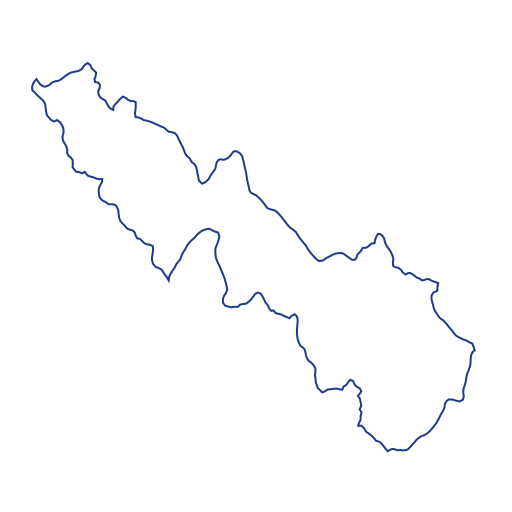 Chapada do Norte, Minas Gerais, Brazil, rotated 176°
{"feature_id": "56859067B97851248273479", "entity_name": "Chapada do Norte", "entity_type": "district", "adm_level": 2, "iso_a3": "BRA", "parent_name": "Brazil", "parent_adm1": "Minas Gerais", "projection": "equal_earth", "projection_center": [-42.387, -17.157], "detail": "fine", "context": "isolated", "style": "outline", "palette": "blue", "viewbox_px": 512, "rotation_deg": 176, "n_neighbors": 0, "source": "geoboundaries", "source_scale": "gbopen_adm2", "svg_char_len": 5961}
<svg xmlns="http://www.w3.org/2000/svg" viewBox="0 0 512 512"><g transform="rotate(176 256 256)"><path d="M138.1,52.0L135.4,53.5L133.1,54.1L130.8,53.4L128.6,52.3L125.4,52.5L123.1,51.8L120.7,51.8L118.0,52.5L115.4,54.8L113.4,56.8L111.2,58.8L109.2,60.9L107.0,62.9L103.7,64.7L100.5,65.6L97.7,67.0L95.0,69.0L92.7,71.3L90.5,73.7L87.9,76.5L86.2,79.1L84.7,81.5L82.8,84.8L80.3,88.4L78.5,91.8L77.9,95.1L76.2,97.8L73.7,99.5L69.7,99.0L66.4,97.7L63.0,96.7L59.6,98.3L58.5,101.6L58.8,104.9L58.4,108.8L57.1,111.8L55.8,115.0L55.0,118.6L54.3,121.7L53.3,124.5L51.9,127.1L50.3,130.8L49.6,133.4L49.1,137.5L48.5,141.7L46.8,144.9L44.4,146.7L45.1,149.8L46.4,153.7L49.2,155.0L51.8,156.9L54.5,158.0L57.9,160.0L60.3,161.3L62.2,162.9L63.7,164.9L65.6,167.8L68.0,171.0L69.4,173.1L71.3,175.8L73.7,178.7L75.8,180.3L77.6,182.1L79.3,185.3L81.4,188.7L82.3,191.7L82.9,195.4L83.5,198.2L83.9,200.9L83.6,204.4L81.3,207.4L77.6,208.5L77.2,212.3L76.1,216.2L79.0,217.6L81.4,218.5L83.5,219.7L85.5,221.0L87.7,221.0L90.0,220.2L92.3,220.2L94.6,222.2L97.2,223.3L99.0,225.1L101.2,226.8L103.3,228.3L105.6,228.3L108.0,227.1L110.3,228.9L112.4,232.1L115.0,234.4L118.1,235.2L119.9,236.6L119.9,239.7L119.2,243.7L120.0,247.5L121.8,251.8L124.4,256.0L126.3,260.3L126.9,264.6L128.7,267.6L130.7,269.2L132.8,269.6L134.2,267.5L135.9,264.3L136.9,260.5L140.2,260.3L142.8,258.1L145.4,256.6L149.1,256.6L151.2,253.4L154.7,250.4L156.2,246.7L158.1,245.2L160.4,245.5L162.9,247.5L165.0,249.2L166.8,250.7L168.6,252.2L170.9,253.2L173.6,253.1L176.6,252.8L179.9,251.8L182.7,250.4L186.2,249.0L188.7,247.2L191.7,246.6L193.8,246.7L196.2,248.9L198.2,251.3L200.0,253.6L202.1,256.7L204.0,259.6L205.3,262.6L206.9,264.8L208.9,267.6L211.1,270.7L212.9,274.0L214.6,277.2L217.3,279.8L220.1,282.1L222.1,284.5L224.1,287.5L226.6,291.2L228.9,294.6L231.7,298.1L234.1,300.1L236.9,301.1L239.5,302.0L241.4,303.1L242.9,305.4L244.9,308.6L247.0,311.6L249.1,313.9L251.5,316.4L254.0,317.9L256.6,319.4L257.9,321.7L258.3,324.6L258.7,327.4L259.3,330.7L259.7,334.8L260.1,339.7L260.9,345.0L261.5,349.1L262.2,352.9L262.9,356.7L264.8,359.6L268.3,361.9L271.2,361.8L273.8,358.7L276.4,356.2L279.4,354.6L282.4,354.3L284.7,355.0L286.9,354.4L288.7,352.0L289.7,348.9L290.5,345.9L292.6,343.2L295.4,339.9L297.8,336.2L299.8,334.3L301.7,333.1L304.7,331.9L307.8,335.3L308.1,339.2L308.6,342.1L308.9,345.3L309.4,348.7L311.0,352.0L313.7,354.3L315.3,358.0L317.5,360.1L319.5,363.2L320.4,366.3L321.4,369.7L323.3,373.8L325.0,377.9L326.3,381.6L328.5,384.3L330.8,385.2L334.5,386.1L337.2,388.9L339.3,390.8L341.8,391.9L343.8,393.0L346.7,394.5L350.2,396.5L352.9,397.7L355.6,398.6L358.7,399.5L361.1,401.2L363.6,402.4L366.4,402.9L366.8,407.0L366.0,410.5L365.5,414.0L365.3,418.0L367.6,419.0L370.2,419.3L372.7,420.7L374.6,422.6L377.7,424.3L381.2,421.6L383.7,419.0L386.0,417.1L387.8,414.8L388.3,411.7L390.8,413.1L392.8,415.7L394.3,418.9L395.6,421.7L398.0,423.3L400.3,425.1L401.8,428.0L401.9,431.5L400.4,434.1L399.7,437.5L401.3,440.0L404.4,440.8L404.8,443.7L403.4,446.8L402.6,449.9L404.7,452.5L406.9,454.9L408.0,458.1L410.4,460.2L413.1,458.9L415.1,456.8L416.6,454.8L418.9,453.5L421.0,452.8L424.7,452.4L428.3,451.8L430.9,450.5L433.2,449.2L435.1,447.9L437.6,446.1L440.8,444.6L443.9,444.3L446.2,443.7L448.2,442.6L450.2,441.1L452.6,440.0L455.0,439.6L457.1,440.5L459.2,442.2L461.0,444.8L462.6,447.8L464.5,446.1L466.0,443.9L467.5,440.8L467.6,437.0L465.4,434.6L462.8,431.5L460.0,428.5L457.3,425.7L455.7,422.2L455.6,418.9L455.3,414.7L454.8,411.1L453.0,408.7L450.9,406.0L447.9,404.2L444.9,405.5L442.3,403.2L440.7,400.6L439.4,397.6L439.2,393.4L440.7,388.3L440.6,384.8L439.4,382.2L437.7,378.9L436.8,375.2L437.2,372.1L436.4,369.4L434.0,367.3L432.2,364.5L432.3,361.0L432.8,357.5L431.2,354.8L429.3,352.6L426.5,352.0L423.5,350.6L421.0,351.9L419.4,349.4L417.8,347.6L415.2,346.7L412.0,345.5L409.5,344.2L407.2,343.6L404.0,343.5L404.4,340.7L406.0,338.3L407.6,335.4L408.4,332.4L408.4,328.6L407.6,324.8L405.2,322.0L402.4,320.4L399.5,317.9L395.2,317.6L393.0,316.8L391.4,314.7L390.2,311.5L390.1,307.7L389.9,303.9L389.0,300.7L387.2,298.1L385.4,296.1L383.9,294.0L382.3,292.1L379.6,290.9L377.1,290.1L375.4,288.1L374.5,284.5L373.2,281.9L370.8,281.2L368.7,279.2L367.0,277.0L364.6,275.4L361.1,274.6L358.2,273.1L358.3,269.3L359.0,265.1L360.0,261.5L360.0,258.5L359.2,255.3L356.9,252.2L353.7,250.7L351.0,248.9L349.2,245.3L346.5,241.3L344.8,237.7L344.0,241.4L342.6,244.1L340.5,246.9L338.3,249.6L335.9,253.6L332.8,256.7L331.0,259.5L329.9,262.4L327.7,265.6L325.8,268.2L323.7,271.7L321.3,274.3L318.5,276.7L315.7,278.7L313.7,281.0L311.0,283.1L308.0,285.0L304.7,286.0L301.0,286.5L298.6,285.2L295.5,283.3L292.2,282.1L291.1,278.1L292.3,274.6L293.7,271.0L295.2,268.2L296.1,265.6L296.3,260.8L296.3,257.7L295.3,254.3L294.4,251.7L293.1,248.6L291.8,244.8L290.1,239.7L288.8,235.5L288.1,231.7L287.4,228.3L287.0,224.4L288.7,221.0L290.7,218.5L292.1,215.0L292.1,211.5L290.1,208.5L286.9,207.4L284.2,206.5L280.9,206.8L277.5,206.5L275.3,208.6L271.5,209.1L269.1,209.1L266.7,210.8L264.1,212.8L262.0,215.2L259.5,218.1L257.1,219.4L254.1,218.4L252.2,215.0L250.8,211.6L249.7,208.8L247.6,206.0L246.3,202.3L244.6,200.2L242.3,200.5L240.5,197.8L237.6,196.7L235.1,196.0L232.6,194.4L229.7,192.9L226.9,191.6L224.8,193.7L221.7,195.2L219.8,193.5L218.9,190.8L219.0,187.8L219.6,184.2L220.2,180.3L220.6,175.5L220.3,170.2L219.2,166.0L217.6,162.9L215.7,161.5L214.1,159.6L213.4,156.5L213.1,153.4L212.4,150.8L210.8,147.8L209.0,146.4L207.1,144.3L205.5,142.0L204.6,139.3L204.9,135.9L205.5,132.8L205.2,129.3L205.2,125.8L204.4,123.1L203.5,119.9L201.4,117.6L199.5,115.3L196.8,116.1L194.0,117.8L191.1,117.9L187.8,118.1L184.6,118.1L182.1,117.3L179.4,116.6L177.5,119.8L175.0,121.0L173.0,123.7L170.7,125.9L167.9,124.5L166.3,120.4L164.4,118.4L161.6,116.6L160.4,113.6L162.0,111.5L164.1,109.4L162.4,106.5L161.8,102.7L161.5,99.0L163.3,95.9L161.7,92.6L162.8,89.0L163.1,85.3L165.0,82.1L165.9,79.5L162.8,79.4L160.3,76.8L158.5,73.1L156.1,71.2L153.3,68.7L150.8,65.9L149.2,63.3L146.6,62.4L144.3,60.6L142.1,57.6L140.4,55.0L138.1,52.0Z" fill="none" stroke="#1e3a8a" stroke-width="2"/></g></svg>